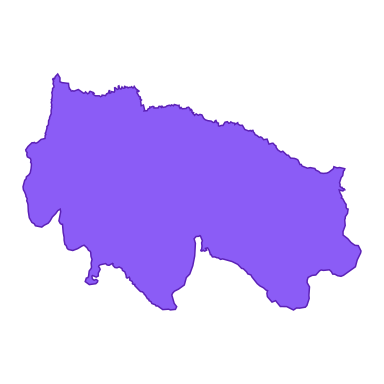 outline of Tebe-Tebe, Berea, Lesotho
{"feature_id": "5366337B30705161784886", "entity_name": "Tebe-Tebe", "entity_type": "district", "adm_level": 2, "iso_a3": "LSO", "parent_name": "Lesotho", "parent_adm1": "Berea", "projection": "albers", "projection_center": [27.887, -29.222], "detail": "fine", "context": "isolated", "style": "filled", "palette": "violet", "viewbox_px": 384, "rotation_deg": 0, "n_neighbors": 0, "source": "geoboundaries", "source_scale": "gbopen_adm2", "svg_char_len": 5874}
<svg xmlns="http://www.w3.org/2000/svg" viewBox="0 0 384 384"><path d="M309.2,298.5L308.9,295.3L309.5,286.9L307.1,282.6L307.2,280.1L308.1,277.4L312.1,275.4L315.8,275.0L319.6,270.8L321.2,270.0L323.5,270.4L329.4,269.8L331.3,271.6L332.7,274.1L334.9,274.2L337.6,275.7L341.0,276.3L343.5,275.3L355.4,266.8L357.2,260.0L360.6,253.0L361.0,251.0L358.3,245.6L354.9,245.3L351.0,242.5L347.8,238.7L343.1,235.1L343.0,231.6L345.2,225.6L344.7,219.7L345.2,218.7L345.3,216.7L347.5,213.4L348.1,209.1L346.8,208.7L346.1,207.5L346.1,204.3L344.9,202.8L342.8,198.8L341.3,197.9L341.9,197.2L341.8,196.2L339.9,192.6L339.2,190.0L342.9,191.0L343.6,190.2L344.8,189.8L344.0,188.7L342.4,188.5L342.1,187.4L341.2,187.4L340.0,186.3L340.1,184.3L339.5,182.8L341.2,177.4L342.7,175.7L343.4,171.2L344.5,169.9L344.8,168.7L339.6,167.5L337.1,167.9L333.9,166.7L333.4,168.7L328.7,172.3L326.8,173.1L323.3,173.4L320.4,173.0L318.7,171.4L315.8,170.1L314.9,168.5L310.2,167.6L307.5,168.2L302.0,166.0L301.3,164.5L300.0,164.5L298.0,160.1L296.7,159.2L294.5,158.4L290.6,158.1L288.3,155.2L286.8,155.1L282.8,151.2L280.9,152.0L277.8,149.9L276.1,147.4L276.0,145.9L274.5,144.9L273.2,143.3L272.2,143.2L269.0,144.1L267.1,139.1L263.6,139.7L261.9,137.6L260.6,136.9L259.3,137.4L256.7,135.3L255.1,134.7L254.5,133.2L253.3,131.8L253.0,130.4L252.1,130.4L251.3,131.2L250.2,130.4L248.8,131.0L244.8,129.5L242.4,125.3L239.9,125.3L238.1,124.1L237.7,122.7L234.8,124.5L234.7,123.2L232.5,122.9L230.8,121.9L230.0,122.9L228.8,123.3L227.4,121.7L225.0,122.2L222.9,125.5L221.3,125.4L219.6,126.1L218.5,125.8L218.4,123.1L217.1,122.8L215.9,120.4L214.8,121.2L214.8,122.3L213.2,122.5L211.2,121.1L208.0,120.7L205.3,119.8L203.7,118.4L201.9,114.9L199.9,114.4L198.3,115.3L196.2,113.9L194.5,115.3L194.1,114.4L192.9,113.6L193.5,112.6L192.0,112.2L192.0,110.4L191.3,109.5L190.3,110.2L190.0,108.8L188.6,107.2L186.8,107.6L186.2,108.5L182.2,108.8L181.0,107.4L180.1,108.4L179.1,106.6L179.1,105.3L177.9,105.5L174.3,104.5L173.5,105.7L171.4,104.9L170.7,105.8L169.3,105.2L166.9,105.9L165.7,106.9L163.1,107.4L162.0,106.2L161.5,107.4L160.1,106.3L158.9,106.4L158.1,107.9L154.0,108.0L153.8,106.6L152.8,106.4L151.0,107.1L149.8,107.0L149.8,108.2L148.2,108.8L147.1,110.7L144.1,110.9L144.6,109.9L143.4,105.0L141.2,105.7L140.6,101.0L141.5,100.0L140.0,98.9L140.5,98.3L140.1,96.8L139.2,96.6L137.0,92.8L137.1,91.0L137.7,90.9L138.5,91.6L139.0,91.1L135.8,88.7L134.2,86.4L133.5,87.8L132.6,87.8L131.6,86.7L130.8,87.4L129.1,87.3L128.4,87.8L127.6,87.7L127.1,87.0L125.8,87.2L124.8,86.3L124.5,86.6L124.9,87.8L123.8,88.3L123.0,88.1L122.0,87.0L121.3,88.8L120.7,89.0L120.1,88.9L119.3,87.5L118.9,85.8L118.4,86.0L118.2,87.0L118.6,88.2L117.9,89.3L117.3,89.4L115.0,87.6L114.6,87.8L114.8,90.9L114.1,92.2L111.1,91.5L110.9,92.8L109.9,93.3L109.2,92.3L109.5,90.6L109.1,90.6L108.7,92.2L107.7,93.6L106.7,93.7L105.5,95.6L102.1,95.1L101.8,96.1L100.5,96.7L99.3,95.8L95.6,95.8L94.6,95.4L92.9,93.8L93.0,93.2L93.9,93.2L93.5,92.6L90.1,91.3L89.5,91.7L89.1,92.9L87.7,93.8L85.5,91.9L84.8,93.0L83.7,93.3L78.3,89.5L73.9,91.2L72.8,90.7L71.9,91.1L71.1,90.9L70.5,89.6L69.4,88.9L69.6,88.5L68.9,86.9L68.5,83.4L61.9,82.6L59.9,81.7L60.0,77.9L57.7,74.0L55.3,76.6L54.6,78.7L53.7,79.2L53.7,78.4L53.0,78.6L52.7,79.7L53.4,80.5L53.6,81.5L53.2,81.9L53.4,83.1L53.0,83.8L53.8,85.4L54.0,87.0L52.6,88.4L52.5,90.7L51.8,92.5L52.3,95.2L51.9,98.8L51.3,99.7L51.9,100.6L51.2,102.3L51.8,104.8L51.4,106.5L51.8,107.1L51.1,110.5L51.2,113.7L49.6,117.2L49.5,118.9L48.6,120.5L48.4,124.7L46.8,126.7L47.0,127.9L45.7,132.7L45.2,133.2L45.8,134.6L45.2,135.2L45.0,138.5L41.1,139.4L37.8,142.3L36.3,143.1L35.7,143.2L34.2,142.4L33.7,142.8L32.0,142.7L28.0,146.5L25.7,149.9L26.2,151.6L27.1,152.4L26.8,154.9L27.4,156.9L30.4,158.5L31.0,160.5L30.6,162.3L31.4,163.5L31.4,165.3L31.1,168.5L30.2,172.8L28.9,174.8L26.3,176.9L26.2,178.7L24.7,180.3L23.0,186.8L23.4,189.8L24.6,191.9L25.9,195.2L25.9,196.3L27.2,198.7L26.7,200.8L27.6,202.9L28.0,204.7L28.3,211.4L29.3,217.8L31.9,222.4L34.3,223.8L35.4,225.8L41.8,227.1L44.1,225.3L48.2,223.2L50.1,220.9L52.3,217.0L55.7,213.6L57.8,210.6L60.2,209.1L60.7,211.7L58.9,220.9L60.3,223.5L61.5,224.3L62.5,224.3L63.2,232.6L64.1,237.3L64.1,240.1L64.9,244.5L66.1,245.4L67.2,248.4L68.4,249.5L72.8,250.5L77.6,248.7L82.2,245.9L84.1,245.2L87.1,247.9L88.5,250.3L90.1,251.2L90.7,252.4L91.0,256.4L92.0,259.5L91.1,263.1L91.5,266.8L91.3,268.2L89.2,271.0L88.5,276.5L87.8,277.6L86.3,278.1L85.2,281.6L89.3,284.6L95.8,283.7L97.5,282.0L97.8,280.7L96.3,279.5L95.3,279.6L94.6,280.2L93.7,280.0L92.3,278.7L91.9,276.1L92.6,275.5L96.2,277.1L98.3,276.0L98.3,273.1L100.1,269.5L99.8,268.3L98.6,266.6L98.9,265.8L100.2,264.8L105.6,263.6L107.1,265.0L109.1,265.3L112.5,263.4L113.1,263.9L112.8,264.4L113.0,265.5L114.9,267.5L117.0,267.8L119.2,267.0L121.9,268.5L122.5,270.4L124.8,271.8L126.1,275.4L126.3,277.4L127.1,278.1L129.3,277.2L129.9,278.7L129.7,280.0L132.1,281.4L132.7,282.6L132.4,283.6L133.2,284.3L134.8,284.4L134.8,285.7L140.0,291.1L140.8,291.6L142.4,291.8L144.0,293.4L144.3,294.5L145.3,295.1L147.4,298.7L148.8,299.3L149.0,300.6L150.9,301.6L151.9,303.5L155.3,304.8L156.1,306.0L157.6,305.9L162.7,309.6L168.6,309.2L170.4,309.9L175.4,309.4L176.7,306.7L174.2,303.4L171.8,295.0L172.6,293.2L174.4,291.2L178.6,289.1L184.3,285.0L186.3,277.6L189.8,274.0L192.8,265.7L194.7,256.0L195.4,243.3L194.1,238.8L196.1,236.5L198.9,236.3L199.9,235.6L200.4,235.9L202.4,240.8L201.6,242.8L202.0,246.0L201.7,249.0L200.8,250.3L201.2,251.0L202.0,251.1L203.2,250.2L204.3,251.1L205.1,251.0L206.7,250.1L205.5,248.4L207.6,247.9L209.3,250.7L210.4,254.6L211.0,254.5L212.4,256.9L214.9,256.9L217.0,257.8L218.3,257.8L220.5,259.4L222.7,258.9L232.0,261.5L237.8,264.4L241.6,268.4L243.3,268.7L246.7,272.0L247.8,273.9L250.9,274.9L252.0,277.0L257.2,283.6L259.9,285.9L263.5,287.8L266.4,290.4L267.6,290.6L266.9,293.3L267.4,296.7L272.0,302.1L275.6,300.7L280.3,306.5L286.7,306.6L293.5,310.0L296.5,308.0L299.7,308.1L305.3,307.2L306.9,305.5L309.2,298.5Z" fill="#8b5cf6" stroke="#5b21b6" stroke-width="1.5"/></svg>